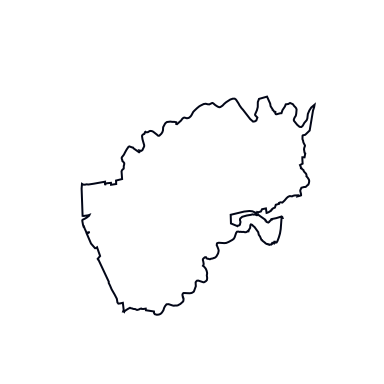 Pantelimon, Ilfov, Romania (Robinson projection), rotated 301°
{"feature_id": "2599482B87197553509552", "entity_name": "Pantelimon", "entity_type": "district", "adm_level": 2, "iso_a3": "ROU", "parent_name": "Romania", "parent_adm1": "Ilfov", "projection": "robinson", "projection_center": [26.262, 44.455], "detail": "fine", "context": "isolated", "style": "outline", "palette": "ink", "viewbox_px": 384, "rotation_deg": 301, "n_neighbors": 0, "source": "geoboundaries", "source_scale": "gbopen_adm2", "svg_char_len": 6090}
<svg xmlns="http://www.w3.org/2000/svg" viewBox="0 0 384 384"><g transform="rotate(301 192 192)"><path d="M329.9,252.1L325.8,250.7L322.4,250.6L318.6,251.1L314.4,253.0L312.5,253.3L309.2,252.7L305.8,252.8L304.1,252.3L303.4,251.1L303.3,250.4L303.8,247.5L305.6,242.6L306.7,241.9L308.7,241.6L310.8,241.7L312.8,241.0L316.5,239.2L317.4,238.2L318.0,236.7L318.2,235.6L319.2,233.2L318.8,230.2L317.0,229.2L315.4,227.2L313.1,227.6L308.8,227.4L305.6,228.1L304.9,227.0L302.2,224.5L301.9,223.7L302.4,222.8L303.6,222.3L303.6,222.0L303.2,221.0L303.8,219.8L303.9,219.0L304.1,219.0L306.0,215.2L308.1,213.4L312.4,207.2L306.3,201.5L303.0,202.1L298.7,204.6L295.6,205.5L291.0,206.1L290.3,206.7L289.5,209.7L286.4,210.3L284.9,209.5L283.8,208.1L284.5,204.3L288.8,193.2L289.4,191.2L290.7,188.2L291.8,186.4L293.5,182.9L293.9,181.9L294.0,180.5L293.1,179.0L291.0,177.2L286.5,175.0L284.1,174.2L281.8,173.7L279.5,172.6L278.7,171.7L278.4,170.0L278.5,167.1L278.9,164.8L278.9,163.8L278.5,163.3L276.0,161.7L275.3,160.3L274.7,158.3L273.4,156.7L270.1,154.6L268.9,154.0L266.3,153.1L263.1,152.2L261.3,151.8L257.7,152.0L256.2,151.9L254.6,151.4L253.8,151.0L252.6,149.7L251.9,147.2L251.2,146.5L249.8,146.0L247.5,145.8L245.9,145.3L242.4,144.2L242.2,143.5L242.9,143.2L243.2,142.5L243.6,142.4L243.0,140.7L242.0,139.1L241.2,137.2L239.1,134.5L237.5,133.8L236.5,133.7L232.7,133.9L229.8,135.4L227.9,135.8L226.1,135.7L223.5,135.0L223.1,134.6L222.8,133.7L223.1,132.5L223.7,127.6L223.5,126.1L222.8,124.7L222.4,124.3L220.6,123.4L220.2,122.9L219.4,121.7L219.6,121.1L219.2,120.9L217.2,121.2L216.8,120.8L215.6,120.2L214.6,120.2L214.0,120.5L211.7,122.4L207.5,126.9L206.4,127.5L202.3,127.9L201.1,127.3L200.6,125.8L200.5,126.0L199.1,126.4L198.8,126.2L199.3,119.4L199.7,118.7L199.6,118.2L199.4,117.8L198.8,114.8L198.0,114.3L194.8,114.1L191.5,114.2L188.9,114.4L185.7,114.0L184.9,114.2L184.1,114.9L183.4,115.9L182.8,116.2L182.3,118.1L181.8,119.1L180.4,119.8L179.2,120.1L177.1,121.3L176.8,121.4L175.7,121.0L174.5,120.8L173.4,121.0L167.1,125.4L162.7,121.0L159.8,122.9L156.5,118.9L158.1,117.8L155.0,113.7L153.2,114.0L155.1,112.5L156.0,112.1L148.4,103.4L145.1,99.4L144.3,97.7L143.1,96.4L142.5,95.4L142.3,94.9L142.3,93.5L138.1,95.6L115.2,110.5L115.6,111.4L118.6,115.1L119.6,115.9L118.7,116.0L116.0,115.0L114.1,114.0L111.8,112.5L110.9,112.7L107.7,115.5L106.5,116.9L106.8,117.1L105.4,118.8L103.6,121.4L102.7,122.5L104.4,124.3L104.2,124.5L102.0,123.4L95.8,132.0L93.9,137.8L94.4,138.6L95.7,139.1L89.8,146.2L86.1,145.6L85.7,146.4L85.9,146.5L85.5,147.1L72.2,166.9L71.2,167.4L69.6,169.9L67.2,173.2L64.2,178.6L61.8,182.5L58.9,185.0L58.4,186.4L59.4,187.7L61.4,189.8L55.7,194.2L54.1,194.5L54.4,195.0L54.3,195.6L54.7,195.5L56.6,196.2L58.8,197.3L60.8,198.5L60.9,199.5L61.4,200.8L61.5,201.8L62.4,203.7L62.5,205.3L62.8,205.9L64.1,207.1L65.3,207.8L66.0,208.6L65.9,209.2L66.7,210.6L68.2,212.4L66.9,213.4L70.0,220.9L68.7,221.8L68.1,223.0L68.6,224.9L69.3,226.0L70.2,227.0L71.2,227.7L71.9,228.0L73.2,228.3L75.8,228.4L78.4,227.8L80.3,227.7L82.6,228.0L83.8,229.7L84.7,233.7L85.2,235.1L85.9,235.8L86.9,237.5L87.5,238.2L90.1,239.7L93.3,240.7L94.1,240.7L96.1,239.8L97.1,238.7L96.9,238.6L97.4,238.0L97.7,237.9L98.7,236.9L99.3,236.6L100.3,236.5L100.9,236.7L101.2,237.0L103.9,242.0L104.9,243.3L105.6,243.9L107.3,244.8L108.0,244.8L113.2,243.8L116.3,241.7L116.7,241.6L118.0,241.8L118.6,242.0L119.3,243.0L120.5,248.3L121.1,249.0L122.3,249.6L123.0,249.9L124.3,250.1L126.1,249.3L128.2,247.6L129.8,247.0L130.7,246.4L132.1,245.0L133.4,243.2L134.3,240.6L134.4,239.4L135.3,239.4L136.3,239.1L138.2,237.5L138.9,236.7L139.4,236.3L139.9,236.0L140.7,236.0L142.6,236.6L143.1,237.2L143.3,237.6L142.6,238.7L142.9,240.0L143.1,240.2L143.5,241.8L143.9,242.3L144.4,242.5L145.8,244.1L146.5,244.5L147.2,245.3L148.1,245.7L149.3,246.1L152.8,246.0L155.2,245.2L155.7,244.9L156.6,244.0L158.4,241.7L159.1,240.6L160.7,239.9L161.2,240.0L162.3,241.1L164.8,246.0L166.0,247.6L168.0,249.1L171.8,251.3L173.4,251.9L175.0,251.9L179.7,250.9L181.1,251.0L181.9,252.0L182.4,253.6L183.0,254.2L183.4,255.3L184.4,256.8L184.8,258.2L185.5,259.1L186.0,259.5L187.5,260.0L187.5,260.6L188.9,260.3L191.2,260.3L193.7,259.1L194.6,259.2L194.8,260.4L194.3,262.4L194.2,263.6L191.7,269.4L189.7,271.3L188.9,273.2L186.8,276.1L186.9,276.8L186.5,277.4L186.1,280.9L185.9,281.2L185.9,282.7L186.2,283.8L186.4,283.8L186.5,284.2L186.4,284.2L186.4,284.6L186.5,285.5L187.2,286.0L187.7,287.0L189.1,287.5L189.1,287.0L189.4,287.0L189.4,287.4L190.3,287.6L190.5,288.1L190.2,288.1L190.2,288.7L191.8,288.2L192.1,288.7L191.4,289.4L192.3,290.5L194.1,290.5L197.9,289.8L201.7,288.8L206.0,287.1L215.7,282.2L216.0,282.3L216.4,283.0L217.0,282.3L216.5,281.5L216.9,281.2L213.0,277.7L209.8,274.2L209.4,274.6L208.7,274.0L207.9,274.0L206.8,273.5L206.1,273.6L205.1,273.1L204.8,271.7L204.8,271.1L205.3,270.6L205.3,269.8L205.5,269.8L206.0,269.1L206.0,268.6L206.6,260.2L205.9,260.0L205.5,259.6L205.1,257.4L204.3,256.4L204.0,255.4L202.8,254.3L200.1,251.1L196.6,247.8L194.1,247.0L193.3,247.2L192.5,247.7L191.3,249.0L188.6,249.9L187.2,249.3L186.4,248.2L186.1,248.3L185.1,241.6L192.4,236.9L202.1,246.8L205.3,251.0L206.6,253.8L207.1,258.1L208.4,258.1L208.5,259.2L208.8,259.2L210.8,261.1L213.3,260.9L216.0,263.8L212.5,266.7L213.0,267.2L214.2,268.1L216.5,269.3L216.7,269.1L218.1,269.6L218.3,269.4L219.5,269.8L221.4,271.1L224.2,270.4L226.7,272.7L227.4,272.2L228.3,272.8L228.8,273.3L229.5,274.9L232.3,275.7L235.4,276.2L237.1,276.7L238.5,277.6L238.9,278.0L239.8,280.0L240.9,280.7L241.8,281.6L243.7,284.5L242.6,284.7L244.3,286.4L245.3,287.2L246.3,286.6L248.7,284.2L249.5,283.9L252.0,283.6L254.0,285.5L254.8,286.7L255.4,287.0L257.1,287.4L258.2,287.9L259.9,287.6L261.4,287.0L262.3,286.4L262.9,285.7L263.9,283.7L264.4,282.0L264.8,281.9L265.5,281.4L266.3,280.5L266.6,279.7L267.0,278.1L267.5,277.0L268.2,276.2L268.3,274.7L268.8,273.6L268.5,273.1L269.4,272.5L270.7,270.7L273.3,272.2L277.4,269.4L278.6,268.7L279.7,270.6L283.4,269.2L283.6,268.3L286.3,266.0L287.6,265.5L289.7,265.1L290.1,264.8L291.5,262.5L292.2,261.6L293.2,260.8L293.9,259.8L294.3,259.4L297.1,257.8L297.6,257.8L299.4,259.6L305.3,261.2L324.1,253.8L327.6,253.0L329.9,252.1Z" fill="none" stroke="#020617" stroke-width="2"/></g></svg>